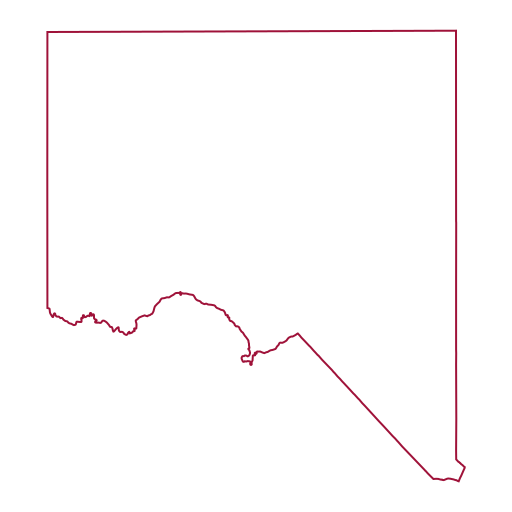 outline of San Andrés, Petén, Guatemala
{"feature_id": "79465075B48357778365605", "entity_name": "San Andrés", "entity_type": "district", "adm_level": 2, "iso_a3": "GTM", "parent_name": "Guatemala", "parent_adm1": "Petén", "projection": "equal_earth", "projection_center": [-90.564, 17.38], "detail": "fine", "context": "isolated", "style": "outline", "palette": "rose", "viewbox_px": 512, "rotation_deg": 0, "n_neighbors": 0, "source": "geoboundaries", "source_scale": "gbopen_adm2", "svg_char_len": 5949}
<svg xmlns="http://www.w3.org/2000/svg" viewBox="0 0 512 512"><path d="M464.7,467.1L464.4,467.0L462.4,465.0L461.1,464.1L460.3,463.1L459.9,463.0L459.3,462.2L458.5,461.9L456.2,459.4L456.1,450.4L456.3,418.6L456.1,363.9L456.2,353.2L456.1,349.8L456.1,281.0L456.2,222.8L456.1,221.2L456.0,30.7L47.4,32.0L47.3,175.1L47.4,308.0L48.9,308.4L49.3,308.6L49.5,308.8L49.6,309.1L49.9,312.1L50.3,313.5L51.5,315.5L52.2,316.6L52.7,317.0L53.1,316.9L53.3,316.4L53.6,314.6L54.0,313.8L54.4,313.4L54.9,313.5L55.2,313.9L55.3,314.8L55.4,315.1L56.1,316.0L56.4,316.4L57.1,316.6L58.7,316.6L59.1,316.8L60.4,318.1L61.9,317.9L62.1,318.0L62.8,318.7L63.4,319.6L65.3,321.0L66.9,321.3L67.4,321.5L68.4,322.7L69.2,323.2L70.4,323.6L71.2,323.7L73.1,324.8L73.9,325.1L75.0,324.9L75.6,324.6L75.9,324.0L76.4,322.1L76.9,321.7L77.3,321.7L80.2,322.0L81.3,321.9L81.5,321.6L81.5,321.0L81.5,320.3L81.2,319.1L81.3,318.1L81.6,317.9L82.0,318.0L82.5,318.3L82.7,318.2L82.9,315.9L83.0,315.4L83.2,315.2L83.8,315.3L84.6,317.1L84.9,317.2L85.9,317.0L86.7,316.3L87.9,315.7L88.4,315.6L88.8,315.7L89.0,316.0L89.4,316.1L89.6,315.9L89.8,315.6L90.0,313.4L90.1,313.2L90.4,313.0L90.8,313.0L91.1,313.2L91.3,313.6L91.4,315.2L91.5,315.6L91.8,315.7L92.1,315.5L92.5,314.7L93.1,314.3L93.5,314.3L93.8,314.6L94.0,315.3L94.0,316.8L94.1,318.4L94.7,319.1L95.0,319.3L96.0,319.6L96.5,320.0L96.6,320.3L96.6,320.6L96.4,320.9L95.4,321.3L95.2,321.7L95.1,322.0L95.2,322.3L95.5,322.5L95.9,322.6L96.9,322.7L98.4,322.6L100.2,322.9L100.8,322.8L101.3,322.4L101.8,321.6L102.2,321.1L103.0,320.6L104.0,320.7L105.5,321.5L106.9,322.6L108.8,324.8L109.4,325.6L109.8,326.5L110.2,326.8L110.4,326.9L111.5,327.0L111.9,327.2L112.1,327.6L112.6,329.0L112.8,330.2L113.3,331.5L113.6,331.6L114.1,331.3L115.2,330.0L116.4,328.6L117.2,327.9L118.2,327.3L118.4,327.3L118.6,327.5L118.8,329.9L118.9,330.4L119.2,331.0L119.9,331.8L120.4,332.0L121.8,331.8L122.5,332.0L123.1,332.4L123.6,332.9L124.2,333.9L125.7,334.7L126.3,334.9L126.7,334.8L127.5,334.2L127.7,333.8L128.0,333.0L128.9,332.0L129.3,331.9L129.5,332.2L129.6,332.7L129.8,333.3L130.0,333.3L131.6,332.8L132.1,332.5L132.4,332.3L132.8,331.6L133.1,331.4L133.4,331.2L134.3,331.1L134.6,330.9L134.6,330.3L134.6,329.9L134.2,329.4L134.1,329.0L134.2,328.6L134.5,328.4L135.5,328.6L136.0,328.6L136.3,328.3L136.5,325.4L136.5,324.2L136.3,323.1L135.9,321.8L135.8,321.1L135.8,320.5L136.3,320.0L137.6,319.1L138.6,318.0L139.2,317.5L142.0,316.3L144.6,315.4L146.4,316.0L147.3,316.2L147.5,316.2L148.3,315.5L149.2,315.3L150.1,315.0L150.8,314.4L152.2,313.7L152.9,312.5L153.5,311.3L154.3,308.1L154.9,306.4L156.9,304.2L159.5,301.8L159.8,301.3L160.5,299.9L161.2,299.0L161.6,298.6L162.1,298.4L164.5,298.1L166.9,297.3L168.8,297.4L169.3,297.3L171.2,296.0L173.6,294.7L174.7,293.7L176.1,293.0L179.1,292.9L180.1,292.2L180.5,292.1L180.7,292.5L180.3,293.5L180.2,294.0L180.2,294.3L180.5,294.8L180.8,294.9L181.0,294.7L181.8,293.4L182.1,293.2L183.9,293.6L185.6,293.5L187.0,293.7L189.5,294.4L192.2,294.8L192.8,294.9L193.5,295.4L194.2,296.3L195.4,298.5L195.9,299.2L196.6,299.8L197.5,300.4L199.1,300.9L200.2,301.4L200.7,301.8L201.4,302.8L204.0,304.0L204.8,304.1L205.4,303.8L206.3,303.7L206.7,303.8L208.1,304.5L211.4,304.8L214.1,305.3L214.5,305.5L215.1,305.9L216.0,307.2L217.0,308.0L219.3,308.9L219.8,309.2L221.0,309.8L222.7,310.2L223.5,310.5L223.8,310.8L224.7,312.1L225.2,313.3L225.6,314.7L225.8,315.0L226.1,315.2L226.5,315.2L227.5,315.1L227.8,315.4L227.9,315.8L227.7,316.4L227.6,316.7L227.7,317.0L227.9,317.3L228.2,317.5L228.7,317.4L229.1,317.5L229.3,317.8L229.2,318.9L229.3,319.4L229.6,320.1L230.0,320.7L230.4,321.0L231.4,321.1L231.9,321.4L233.5,322.8L234.3,323.6L234.7,324.9L235.9,326.2L236.2,326.4L237.2,326.3L237.8,326.4L239.0,327.2L239.3,327.6L239.7,328.9L241.5,331.6L241.9,331.9L242.2,332.1L243.0,332.8L244.7,335.6L245.9,337.0L248.0,339.9L248.4,340.7L248.6,342.3L248.9,343.3L249.0,344.0L249.0,345.3L249.4,347.7L249.3,348.1L248.7,348.4L248.4,348.7L248.4,349.1L248.5,349.4L249.2,350.0L249.3,350.2L249.5,350.6L249.6,351.3L250.0,352.3L250.0,353.1L249.9,353.6L249.7,354.3L249.4,355.1L249.0,355.6L248.2,356.1L247.9,356.3L247.5,356.3L246.5,355.7L245.8,355.5L245.1,355.5L244.6,355.6L244.0,356.1L242.9,356.1L242.5,356.2L242.3,356.4L241.9,357.1L241.7,357.4L241.6,358.3L241.7,358.9L242.7,361.2L243.1,361.7L243.4,361.8L244.0,361.8L244.2,361.7L244.4,361.5L244.6,361.3L246.2,361.5L247.0,361.3L247.4,361.1L247.8,361.1L249.5,361.3L249.9,361.4L250.2,361.6L250.5,362.0L250.5,362.4L250.2,363.6L250.2,363.9L250.3,364.4L250.6,364.8L251.0,364.9L251.4,364.8L251.7,364.4L251.7,364.1L251.6,362.8L251.6,362.4L252.5,360.5L252.6,360.2L252.6,359.6L252.8,356.2L252.8,355.9L253.0,355.5L253.2,355.3L253.5,355.2L254.6,355.4L254.9,355.3L255.1,355.2L255.2,354.6L254.9,354.1L254.8,353.6L254.7,353.2L254.9,352.9L255.1,352.7L255.6,352.6L255.8,352.9L256.2,353.5L256.4,353.6L256.6,353.4L256.7,351.9L257.0,351.6L257.3,351.5L258.9,351.6L259.6,351.5L260.1,351.5L262.4,352.5L263.9,353.0L264.4,353.1L266.4,352.2L267.6,352.0L269.7,350.7L270.6,350.3L272.7,349.9L275.3,349.0L275.5,348.8L275.8,348.6L277.0,346.5L278.5,345.0L279.3,343.3L279.8,342.8L280.1,342.7L280.9,342.7L282.2,342.8L283.6,342.3L285.7,341.1L286.7,340.3L287.2,339.5L288.6,337.8L289.7,337.2L290.8,336.7L291.6,336.5L292.6,336.5L293.3,336.2L295.7,334.9L297.0,333.9L297.8,333.5L299.7,335.5L301.4,337.6L304.5,340.8L309.1,345.7L310.2,346.7L313.6,350.6L315.4,352.5L317.9,355.3L318.3,355.4L322.0,359.7L332.1,370.2L333.9,372.4L334.2,372.5L337.5,376.4L340.1,379.0L341.9,381.1L346.8,386.3L353.5,393.6L354.5,394.5L358.3,398.7L359.1,399.4L362.2,403.1L364.9,405.9L378.9,421.2L384.0,426.6L387.1,430.0L392.5,435.9L395.3,438.7L397.3,441.0L398.1,441.8L402.2,446.5L424.5,469.8L425.1,470.6L425.4,470.7L427.8,473.4L432.2,477.8L433.1,478.6L433.4,479.0L435.9,478.8L438.2,478.9L440.7,479.6L442.0,479.6L442.2,479.9L443.8,480.1L447.2,478.7L448.3,478.5L450.2,478.7L453.5,479.4L455.6,480.1L456.2,480.1L457.8,481.0L458.7,481.3L459.9,478.3L461.3,475.5L463.3,470.9L464.0,469.4L464.7,467.8L464.7,467.1Z" fill="none" stroke="#9f1239" stroke-width="2"/></svg>